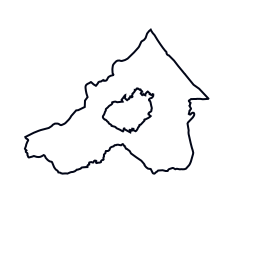 Samraong Tong, Kâmpóng Spœ, Cambodia, rotated 312°
{"feature_id": "14789045B32587408754767", "entity_name": "Samraong Tong", "entity_type": "district", "adm_level": 2, "iso_a3": "KHM", "parent_name": "Cambodia", "parent_adm1": "Kâmpóng Spœ", "projection": "albers", "projection_center": [104.483, 11.45], "detail": "fine", "context": "isolated", "style": "outline", "palette": "ink", "viewbox_px": 256, "rotation_deg": 312, "n_neighbors": 0, "source": "geoboundaries", "source_scale": "gbopen_adm2", "svg_char_len": 5900}
<svg xmlns="http://www.w3.org/2000/svg" viewBox="0 0 256 256"><g transform="rotate(312 128 128)"><path d="M153.2,193.1L154.7,191.0L156.1,188.6L158.7,184.7L164.0,177.2L165.1,176.0L166.9,174.6L171.1,169.3L172.3,168.9L179.1,169.1L181.0,168.8L181.9,168.5L182.7,167.9L183.1,167.2L183.2,166.7L182.7,165.9L181.8,165.5L179.7,165.3L179.2,164.6L179.1,163.8L181.3,162.7L181.6,162.3L182.1,162.2L182.8,162.2L183.6,162.0L184.4,162.0L184.7,161.6L185.6,158.8L186.3,158.8L186.9,158.5L187.3,158.0L187.9,158.0L188.5,157.7L188.6,155.6L188.7,155.3L189.0,155.0L189.6,155.0L190.4,155.3L191.4,155.4L191.8,155.6L195.3,159.4L195.8,159.7L198.0,162.2L199.4,164.3L203.3,168.1L203.6,168.1L203.7,167.8L204.8,154.6L204.0,147.8L206.0,135.0L206.2,134.5L206.1,134.2L207.7,123.6L208.9,117.1L209.3,109.8L209.0,109.4L208.8,108.0L209.1,107.0L209.6,106.3L210.1,105.8L210.3,105.0L210.2,104.4L210.9,100.3L211.9,95.9L213.2,90.8L214.8,85.5L215.1,82.8L215.7,80.6L216.3,79.1L214.0,78.8L211.0,79.0L206.8,80.8L204.4,81.0L201.5,80.2L200.9,80.2L197.1,81.4L195.7,81.8L194.5,81.9L188.2,81.9L179.3,81.3L176.5,80.3L173.9,78.7L173.2,78.0L172.3,76.3L171.0,75.1L169.6,74.6L166.4,74.5L164.6,74.8L163.0,75.8L161.2,77.1L159.0,79.3L158.5,79.8L157.9,81.4L157.4,81.6L155.1,80.1L153.2,79.5L152.5,79.4L149.6,80.1L148.9,80.1L147.9,79.5L147.5,78.7L147.1,78.7L146.9,78.4L147.0,77.5L144.5,76.8L143.2,75.7L142.6,75.5L142.0,75.4L141.3,75.7L140.4,75.7L139.8,75.9L138.9,75.8L138.2,76.0L137.9,75.9L137.4,73.3L137.4,69.9L137.0,69.5L136.6,69.6L133.6,68.4L132.6,68.2L131.5,68.2L130.3,68.8L129.4,69.6L127.5,71.8L125.8,74.1L123.9,77.3L119.6,77.7L114.7,81.8L108.0,79.1L106.4,77.7L98.9,77.8L97.1,78.2L94.7,78.4L89.9,78.2L88.6,77.9L86.5,77.0L85.4,76.4L85.0,75.8L84.6,73.6L84.1,72.7L82.9,71.3L82.2,70.7L80.1,70.0L78.4,70.0L75.0,69.1L68.0,64.5L66.0,63.4L61.5,61.2L52.6,57.7L52.2,58.4L52.1,59.4L52.4,60.7L52.3,61.7L51.8,62.2L50.8,62.3L47.7,63.4L46.4,64.2L43.6,65.3L43.4,66.1L43.4,67.4L42.7,67.3L41.9,68.1L41.9,70.0L41.5,70.7L40.7,71.2L40.4,71.9L39.7,73.3L39.8,74.1L42.5,75.9L44.2,76.8L45.4,79.4L46.5,80.9L47.7,82.0L49.1,82.7L51.5,83.5L51.7,84.5L51.3,85.7L50.8,86.7L50.5,89.4L50.6,91.0L50.9,92.3L51.6,93.5L51.8,94.4L49.5,99.2L49.2,100.2L48.8,102.2L49.0,103.2L49.0,104.7L48.4,106.0L49.2,107.1L49.6,108.1L49.6,108.7L50.0,109.2L50.3,109.9L51.6,111.1L52.0,111.6L52.7,112.2L53.6,113.5L56.6,114.9L57.7,115.7L58.4,116.4L60.0,117.3L60.6,117.5L62.9,117.9L63.4,118.5L65.7,119.8L66.3,120.0L67.2,120.0L67.7,120.1L69.8,121.9L70.0,122.3L71.2,123.0L71.4,123.7L72.0,124.0L73.0,123.1L73.5,123.0L74.9,123.6L75.3,123.2L75.7,122.6L76.6,122.4L78.1,123.5L78.8,125.0L79.2,125.3L80.7,124.9L81.5,125.1L82.2,126.0L82.2,126.6L81.3,127.0L81.0,127.3L80.8,127.8L81.0,128.2L81.9,128.8L83.0,129.7L83.3,130.1L84.5,130.7L85.5,130.1L86.4,130.1L87.1,130.4L87.7,130.7L87.8,130.9L88.3,130.9L89.3,129.7L90.8,129.2L91.0,128.8L91.3,128.7L92.2,127.9L94.3,128.0L94.6,127.8L95.5,127.2L96.1,127.0L97.4,128.4L98.1,128.7L99.2,128.9L101.3,128.1L101.8,128.1L103.2,128.6L104.8,129.6L105.5,129.5L106.4,129.7L106.8,130.0L107.1,130.5L108.0,130.9L108.3,131.1L109.1,132.0L109.5,132.8L109.9,133.4L110.1,133.8L110.5,134.4L112.3,134.7L112.6,135.1L112.6,135.5L112.4,135.9L112.2,136.7L112.4,137.5L112.0,137.9L111.9,139.0L111.3,140.1L111.4,140.8L111.7,141.2L112.0,144.7L111.1,147.3L111.8,153.9L112.6,159.8L112.1,163.8L111.9,164.7L111.6,164.8L111.2,166.2L111.0,168.0L111.2,170.0L111.9,171.2L112.3,171.6L112.7,172.4L111.2,176.3L111.1,176.9L111.4,177.7L111.7,178.1L112.3,178.3L113.9,178.4L115.3,178.8L116.4,178.8L116.6,178.9L119.8,182.0L121.2,184.7L121.8,185.4L122.6,186.2L124.1,185.9L125.0,186.1L128.0,187.8L128.4,188.2L128.6,188.7L129.0,190.7L130.4,191.6L132.0,194.2L133.1,195.2L134.1,196.5L135.3,197.6L136.6,198.3L141.3,198.3L142.8,198.0L145.1,197.2L151.9,193.9L153.2,193.1ZM129.7,99.2L131.6,99.2L132.5,99.4L134.1,99.9L135.2,100.0L135.8,99.9L136.4,99.1L137.1,99.4L138.3,100.2L139.3,101.2L139.9,102.7L142.1,104.7L142.8,105.1L143.6,106.1L144.0,106.4L144.7,104.4L146.6,104.2L147.6,104.4L148.0,104.1L148.4,104.2L149.0,104.0L149.7,103.9L150.2,103.9L150.5,104.0L149.8,104.5L149.7,104.7L148.8,105.2L148.3,105.4L148.0,106.7L148.1,108.7L149.3,108.9L149.9,109.2L150.6,109.3L151.1,109.2L151.1,108.9L151.9,108.9L152.9,108.6L153.2,110.0L153.3,110.2L153.9,110.4L154.2,110.4L154.3,110.1L154.6,109.2L155.9,109.0L156.4,108.4L158.0,108.5L158.5,108.6L159.2,108.4L159.7,108.5L160.8,107.6L161.1,108.2L161.9,108.3L162.4,108.2L162.6,108.3L162.8,108.1L163.2,108.1L163.5,108.3L163.8,108.7L163.9,109.3L164.1,109.4L164.2,110.1L164.2,110.8L164.4,111.8L164.9,111.8L164.6,112.8L164.7,113.7L164.5,114.2L164.0,113.9L163.6,114.2L162.3,114.3L162.1,115.4L162.4,115.3L162.4,116.9L163.4,116.9L163.3,117.4L163.5,117.6L163.8,118.0L163.7,118.5L163.9,119.0L165.1,118.1L167.6,118.1L168.3,118.3L168.3,121.5L167.7,121.6L168.0,122.8L168.3,123.5L168.9,123.8L169.1,124.0L169.4,123.7L169.7,123.7L169.9,124.3L168.7,125.3L167.1,125.6L166.1,125.4L164.7,124.6L163.3,124.5L163.0,124.8L162.6,125.3L162.8,126.3L162.2,127.5L159.9,130.6L159.1,131.9L158.2,132.8L157.5,133.0L156.8,133.6L156.1,134.0L155.6,134.0L153.7,133.4L152.5,133.5L152.1,133.8L151.9,134.1L152.2,134.5L151.8,135.6L151.9,136.1L152.0,136.9L151.3,136.9L149.1,136.4L145.9,135.1L145.4,134.6L145.1,134.6L144.4,135.3L139.2,135.2L138.5,135.0L138.2,134.6L137.7,134.5L137.3,134.7L137.1,135.0L136.6,135.3L135.3,135.1L133.8,135.7L131.7,136.0L130.7,135.8L130.0,133.6L130.3,133.3L131.0,132.6L130.3,131.6L128.7,132.5L128.1,131.2L127.5,131.8L127.3,131.1L126.2,132.3L125.3,128.7L124.8,126.2L125.2,125.6L124.8,125.3L123.8,125.8L122.7,126.5L122.1,126.5L121.8,125.6L121.3,123.1L120.2,119.7L120.3,118.1L120.1,117.3L118.6,114.4L119.0,113.9L119.0,112.7L118.6,110.9L118.7,110.4L119.1,109.8L119.1,109.2L119.0,108.0L119.2,107.1L119.2,106.5L119.1,105.7L118.9,105.6L118.7,105.0L118.7,103.8L118.8,103.0L119.3,102.0L120.0,101.5L121.9,101.2L123.6,100.6L124.3,100.2L126.1,99.8L127.1,99.0L127.5,98.9L129.7,99.2Z" fill="none" stroke="#020617" stroke-width="2"/></g></svg>